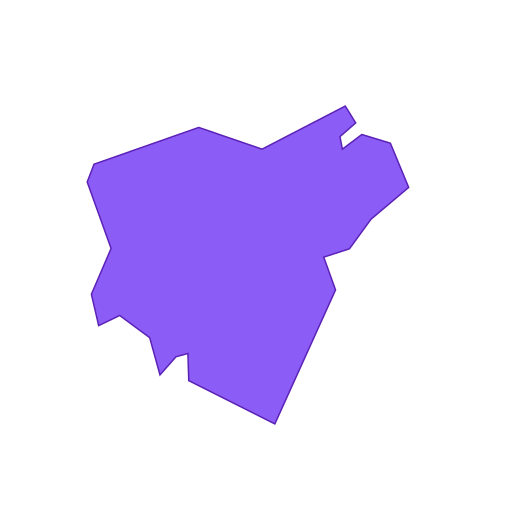 outline of Mvolo, Western Equatoria, South Sudan, rotated 62°
{"feature_id": "79223893B56262288593012", "entity_name": "Mvolo", "entity_type": "district", "adm_level": 2, "iso_a3": "SSD", "parent_name": "South Sudan", "parent_adm1": "Western Equatoria", "projection": "equal_earth", "projection_center": [30.037, 5.951], "detail": "fine", "context": "isolated", "style": "filled", "palette": "violet", "viewbox_px": 512, "rotation_deg": 62, "n_neighbors": 0, "source": "geoboundaries", "source_scale": "gbopen_adm2", "svg_char_len": 479}
<svg xmlns="http://www.w3.org/2000/svg" viewBox="0 0 512 512"><g transform="rotate(62 256 256)"><path d="M323.3,201.7L288.8,196.7L293.5,170.1L277.5,137.2L267.1,89.0L219.5,84.4L198.4,105.5L202.2,129.6L190.0,125.8L185.3,105.5L165.5,106.8L164.5,200.5L115.6,246.2L98.9,355.9L111.4,370.3L181.3,380.4L212.5,419.3L243.6,427.6L244.5,404.3L278.2,388.2L315.9,396.6L307.4,373.9L310.1,361.9L334.5,373.9L413.1,318.2L323.3,201.7Z" fill="#8b5cf6" stroke="#5b21b6" stroke-width="1.5"/></g></svg>